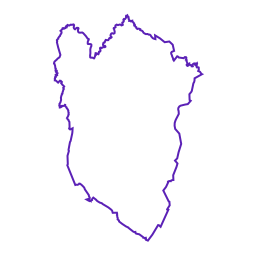 Cutzamala de Pinzón, Guerrero, Mexico
{"feature_id": "50627088B53912122145635", "entity_name": "Cutzamala de Pinzón", "entity_type": "district", "adm_level": 2, "iso_a3": "MEX", "parent_name": "Mexico", "parent_adm1": "Guerrero", "projection": "natural_earth1", "projection_center": [-100.648, 18.642], "detail": "fine", "context": "isolated", "style": "outline", "palette": "violet", "viewbox_px": 256, "rotation_deg": 0, "n_neighbors": 0, "source": "geoboundaries", "source_scale": "gbopen_adm2", "svg_char_len": 5530}
<svg xmlns="http://www.w3.org/2000/svg" viewBox="0 0 256 256"><path d="M201.4,73.9L200.0,71.8L198.2,71.0L198.8,69.6L198.7,67.5L198.3,67.3L196.9,67.4L196.6,66.9L196.8,64.5L197.1,63.5L197.0,63.2L195.3,65.0L194.9,64.6L194.8,63.4L193.9,63.5L193.1,64.0L192.3,64.9L192.9,66.2L192.7,66.4L191.6,66.3L191.3,65.2L189.4,64.8L189.3,63.6L188.5,64.1L188.2,64.9L188.2,65.6L187.5,65.9L186.8,65.4L186.7,64.8L187.1,64.6L187.3,62.9L186.5,61.1L186.7,60.2L185.9,59.8L186.2,59.2L186.3,58.6L186.1,58.0L186.3,57.6L185.9,57.1L184.8,57.1L183.7,58.2L178.8,57.5L178.1,56.7L177.2,56.3L173.9,60.6L173.2,59.6L173.4,59.2L172.1,56.2L172.0,55.5L171.3,54.0L171.1,52.9L171.7,51.9L174.1,50.9L172.7,44.7L169.3,41.5L164.7,42.2L159.9,38.3L155.1,35.4L155.4,39.1L154.2,38.8L152.8,38.2L151.2,36.4L150.7,35.4L150.0,34.8L149.7,34.6L148.6,34.6L147.6,34.0L145.9,34.1L144.4,33.4L143.3,32.5L143.0,31.7L142.1,30.8L140.2,30.1L140.3,29.2L139.5,28.8L138.2,28.6L137.6,29.0L136.9,28.7L136.4,28.2L136.3,27.2L135.3,26.6L134.9,25.4L134.2,25.4L134.2,25.2L134.6,24.5L134.1,24.2L134.1,23.4L133.7,23.2L133.5,22.5L132.4,21.6L132.3,20.7L131.3,21.0L131.0,21.3L130.6,20.8L129.3,20.9L129.4,20.4L128.8,19.6L128.9,19.0L128.5,18.3L128.6,17.4L128.2,17.3L128.2,16.6L127.4,15.8L127.3,15.4L126.9,15.7L126.2,15.7L126.0,16.0L126.1,17.5L125.2,18.9L124.6,19.2L123.9,19.0L123.4,19.6L123.4,20.0L123.8,20.7L123.7,21.5L123.2,22.1L122.4,22.5L122.2,22.9L122.8,24.6L122.7,25.0L121.4,25.4L120.8,24.8L119.9,24.5L117.9,25.1L116.7,24.6L115.5,25.4L115.3,26.2L115.6,27.1L114.9,27.7L113.8,28.0L113.7,28.6L114.0,28.8L114.7,31.7L114.5,33.2L113.6,33.7L112.1,33.2L111.2,33.7L110.7,34.7L110.5,35.5L110.6,35.9L111.6,37.1L111.6,37.3L110.5,38.2L109.8,37.9L109.4,38.1L108.3,40.1L107.0,40.2L105.9,39.9L105.7,39.9L105.0,41.3L104.7,42.4L104.5,42.6L103.9,42.5L103.5,42.7L103.0,44.3L103.1,45.2L103.6,46.2L104.3,45.8L104.9,45.8L105.4,46.4L105.4,46.8L104.8,47.2L103.4,47.1L101.7,48.0L101.3,47.9L100.9,47.6L100.2,47.8L100.0,48.6L100.5,50.3L100.3,51.3L99.9,51.6L99.4,51.5L99.0,51.7L98.7,53.8L98.4,54.2L97.3,53.6L96.4,54.5L95.9,53.1L95.6,53.1L95.0,56.3L94.3,58.1L94.0,58.4L92.6,57.7L90.5,57.6L90.2,57.3L90.1,55.5L90.4,53.2L90.3,49.4L90.7,47.5L91.3,46.3L91.4,44.8L91.2,44.4L90.5,44.1L88.0,44.0L87.8,43.8L87.7,43.3L87.8,41.9L87.9,41.2L88.7,39.8L88.8,39.2L88.6,38.9L87.7,38.7L85.9,36.1L83.2,33.1L82.2,32.5L80.0,32.7L78.9,32.5L78.4,32.1L78.1,31.4L77.9,30.3L78.1,29.4L78.5,28.7L78.3,28.0L77.7,27.8L76.5,27.9L75.1,29.3L74.7,29.2L74.0,28.3L73.7,27.5L74.1,25.2L73.8,24.6L73.3,24.4L71.9,24.9L70.9,24.6L69.3,25.5L68.9,25.5L67.7,25.0L67.2,26.1L67.0,25.6L66.7,25.6L66.1,26.3L66.2,26.6L65.7,27.0L65.8,27.8L65.6,28.0L65.3,27.8L64.0,28.7L63.5,28.1L62.6,28.2L62.2,29.3L60.6,30.8L61.1,31.1L61.1,31.5L61.6,32.1L61.3,33.5L60.5,34.5L59.9,36.1L59.5,36.3L58.3,37.9L58.3,38.7L57.9,38.9L56.9,40.0L56.9,40.3L57.1,40.4L57.0,40.7L57.2,41.6L56.9,42.2L58.2,47.5L60.4,54.9L59.5,57.3L57.5,58.7L57.0,59.4L55.4,60.8L54.5,61.7L54.1,62.8L54.0,63.6L54.5,63.9L55.1,65.8L55.3,67.6L55.8,68.7L55.5,68.9L56.0,70.4L55.6,70.8L56.2,71.5L55.9,71.6L55.9,71.8L56.5,72.2L56.8,71.9L56.8,72.3L56.5,72.5L56.5,72.9L57.5,73.3L57.2,73.9L56.9,73.9L57.0,74.5L56.7,74.8L56.8,75.0L56.1,75.0L56.4,75.5L56.3,76.0L55.4,76.4L55.7,77.1L55.1,77.5L55.1,78.0L54.8,78.4L55.0,78.9L54.8,79.5L54.8,80.3L55.2,80.3L56.0,80.7L58.1,82.6L59.8,80.8L60.1,81.0L60.7,80.8L61.9,82.0L61.7,82.5L61.4,82.7L61.5,83.2L61.3,83.3L62.5,84.9L63.6,85.8L64.2,86.6L63.2,87.9L63.8,88.9L63.5,89.1L63.0,91.1L62.6,92.1L62.5,93.3L62.2,93.5L62.2,94.0L61.8,94.2L61.8,94.8L61.4,95.6L60.9,97.8L61.1,99.9L60.4,102.4L59.4,104.0L59.7,105.0L59.3,105.4L59.8,107.2L59.8,107.5L60.0,107.5L60.3,107.1L61.0,107.1L61.5,106.8L61.3,106.1L62.1,105.8L62.8,106.0L64.2,105.8L64.9,104.8L65.2,104.9L65.2,105.9L65.8,106.8L66.6,107.4L66.7,108.2L67.8,109.4L67.9,109.9L68.3,110.5L68.3,112.0L68.7,112.6L68.7,113.0L68.5,113.8L68.7,114.5L68.3,115.0L68.3,115.6L67.9,116.4L67.0,118.0L67.3,118.2L67.6,119.3L68.5,120.0L68.7,120.8L69.4,121.9L69.6,127.7L69.1,128.3L69.5,129.1L70.0,129.4L70.4,129.4L72.6,128.3L72.4,132.0L72.2,133.6L70.6,141.0L70.0,142.0L69.8,143.0L68.5,150.0L68.9,150.9L67.5,155.8L67.8,164.2L67.3,165.2L75.3,185.0L76.3,184.7L77.6,184.8L78.7,184.3L79.2,183.6L80.0,183.7L81.6,184.9L83.7,187.0L84.3,187.8L84.9,189.4L88.8,195.1L88.9,196.0L89.8,197.9L89.6,198.7L89.2,199.0L88.8,198.8L86.6,199.5L88.5,200.6L89.7,201.1L90.3,200.6L90.7,200.9L90.7,200.7L92.0,200.1L91.9,199.7L92.4,198.6L93.3,197.6L96.2,199.8L96.2,200.0L97.2,201.0L99.8,202.6L101.8,203.2L102.6,204.0L108.3,207.4L110.9,209.4L112.1,210.6L112.7,212.8L116.9,212.7L117.2,214.1L116.9,215.0L117.2,215.4L117.3,217.1L117.8,218.1L117.6,219.4L118.9,220.4L119.1,221.5L122.2,223.9L126.1,226.5L128.3,227.5L128.4,227.8L133.5,231.8L134.9,232.1L135.1,232.4L135.4,232.2L135.5,232.7L136.1,233.6L139.3,234.3L143.2,237.2L143.3,237.6L143.6,237.5L145.1,238.6L145.4,237.9L145.8,237.8L146.2,240.0L147.1,240.2L147.9,240.6L152.4,234.6L158.1,225.1L158.9,225.2L160.6,226.8L168.3,209.8L167.2,209.6L167.1,209.4L169.7,205.3L169.4,201.7L168.7,201.4L163.3,190.5L166.0,187.0L168.2,182.3L167.9,181.9L168.0,181.6L168.5,181.3L169.8,181.0L170.8,181.2L171.2,180.5L172.3,180.1L173.4,180.0L173.2,175.2L176.5,166.9L177.5,163.5L175.0,160.6L177.2,158.4L178.6,152.2L181.2,143.9L179.3,133.6L175.2,128.9L174.6,125.8L174.7,123.0L175.3,121.0L175.8,119.7L178.8,113.9L178.6,110.9L178.3,110.1L178.2,109.0L178.4,107.9L179.3,106.5L180.5,105.7L184.9,104.6L187.8,104.1L190.7,100.8L189.7,100.2L189.6,99.9L189.4,94.2L191.3,91.9L191.8,90.9L193.4,83.3L194.1,82.1L194.5,80.6L194.6,78.3L202.0,74.2L201.4,73.9Z" fill="none" stroke="#5b21b6" stroke-width="2"/></svg>